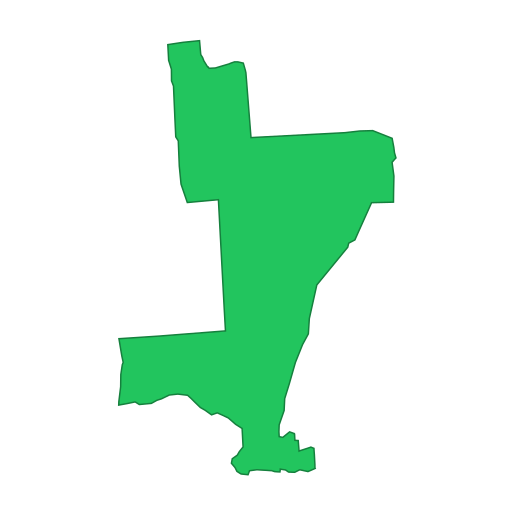 outline of Gorogly, Tashauz, Turkmenistan, rotated 177°
{"feature_id": "10190150B22032040795574", "entity_name": "Gorogly", "entity_type": "district", "adm_level": 2, "iso_a3": "TKM", "parent_name": "Turkmenistan", "parent_adm1": "Tashauz", "projection": "equal_earth", "projection_center": [59.965, 40.525], "detail": "fine", "context": "isolated", "style": "filled", "palette": "green", "viewbox_px": 512, "rotation_deg": 177, "n_neighbors": 0, "source": "geoboundaries", "source_scale": "gbopen_adm2", "svg_char_len": 2190}
<svg xmlns="http://www.w3.org/2000/svg" viewBox="0 0 512 512"><g transform="rotate(177 256 256)"><path d="M283.5,39.9L282.3,39.1L275.4,38.0L273.8,41.7L273.7,41.9L266.3,42.5L262.0,42.0L261.1,41.9L256.6,41.4L253.4,41.0L251.4,40.8L250.0,40.2L248.6,39.7L245.4,39.3L244.4,39.2L243.4,39.1L242.9,41.6L242.9,41.9L241.6,41.6L237.7,40.8L234.9,38.6L234.5,38.5L229.0,38.0L228.6,38.0L224.5,39.8L223.4,40.2L220.0,39.3L219.4,39.1L216.0,38.2L215.5,38.0L215.4,38.0L212.4,39.1L209.0,40.4L208.2,40.7L208.0,40.8L208.2,41.2L208.2,42.2L208.1,44.5L208.1,49.2L208.1,54.5L208.2,58.6L208.2,60.3L208.2,60.9L209.1,61.3L211.2,62.3L211.4,62.2L214.6,61.3L218.4,60.3L222.5,59.2L223.2,58.9L223.5,69.5L226.8,69.9L226.8,76.1L227.1,76.2L227.1,76.7L227.2,76.8L227.6,76.9L231.6,78.6L232.5,78.0L237.3,74.5L238.7,73.5L240.1,73.8L242.3,74.4L242.3,74.5L242.3,79.4L241.7,86.2L236.0,100.2L234.8,112.1L229.6,126.2L222.2,147.7L214.1,165.2L207.8,175.5L206.0,190.8L197.4,221.7L196.8,223.9L188.8,232.7L163.9,260.0L162.8,263.8L162.7,264.0L160.3,265.1L156.4,266.9L152.4,274.8L137.8,303.2L116.8,302.6L115.9,302.6L115.2,313.4L114.1,328.6L114.4,332.5L115.2,342.5L113.9,343.8L112.7,345.1L111.1,346.6L112.3,351.8L112.7,357.4L113.9,366.4L132.9,375.1L145.9,375.4L160.7,374.5L254.8,374.5L256.5,439.5L256.9,441.9L258.6,449.3L263.9,450.8L267.3,451.0L271.8,449.7L272.2,449.4L279.7,447.6L286.7,445.9L293.0,445.9L293.8,447.3L294.4,447.3L297.9,453.7L298.9,456.9L300.6,460.0L300.7,462.0L301.1,474.0L317.7,473.2L333.0,471.7L333.0,455.8L332.7,454.8L330.7,447.0L330.9,442.1L331.2,435.3L330.5,433.2L329.5,430.0L329.8,397.7L329.9,379.2L329.2,377.9L327.6,375.1L327.9,349.7L327.1,331.7L321.8,313.0L290.6,314.2L290.5,204.5L290.4,182.8L357.0,181.1L395.6,180.6L397.2,180.6L395.7,167.2L395.2,163.1L394.2,156.7L395.2,154.5L397.2,144.7L398.0,132.5L400.6,117.7L400.9,114.3L392.3,115.4L384.3,116.6L380.3,113.8L368.2,114.3L362.5,117.1L357.9,118.3L349.9,121.7L341.3,122.2L331.6,120.5L328.2,117.1L324.7,113.2L319.5,107.6L315.0,104.7L308.7,99.7L302.9,101.4L298.4,99.1L292.1,95.7L285.2,89.0L278.9,84.5L278.9,77.2L278.9,71.6L278.9,66.0L282.9,61.5L285.1,58.1L290.3,54.8L291.4,50.3L288.0,45.8L286.3,41.9L283.5,39.9Z" fill="#22c55e" stroke="#15803d" stroke-width="1.5"/></g></svg>